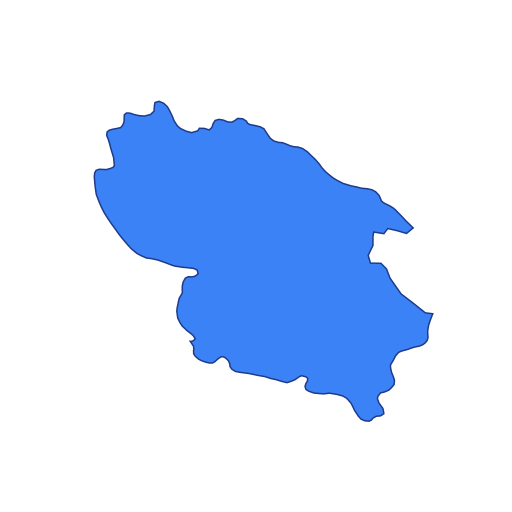 outline of Krychaw, Mogilev, Belarus, rotated 32°
{"feature_id": "67162791B56678014739115", "entity_name": "Krychaw", "entity_type": "district", "adm_level": 2, "iso_a3": "BLR", "parent_name": "Belarus", "parent_adm1": "Mogilev", "projection": "natural_earth1", "projection_center": [31.63, 53.734], "detail": "fine", "context": "isolated", "style": "filled", "palette": "blue", "viewbox_px": 512, "rotation_deg": 32, "n_neighbors": 0, "source": "geoboundaries", "source_scale": "gbopen_adm2", "svg_char_len": 3261}
<svg xmlns="http://www.w3.org/2000/svg" viewBox="0 0 512 512"><g transform="rotate(32 256 256)"><path d="M436.5,211.3L429.7,214.5L414.1,212.7L399.2,211.3L381.3,203.7L373.5,197.8L365.8,196.0L356.8,201.4L350.8,196.0L349.6,185.1L344.8,177.4L343.1,173.3L352.6,169.3L353.2,162.9L362.1,159.8L371.7,157.1L374.4,148.9L364.3,146.7L358.0,145.0L353.4,143.9L350.2,143.1L347.3,142.6L343.0,142.6L340.9,142.8L337.4,143.2L335.0,143.2L332.8,142.6L330.7,141.0L328.3,139.4L323.3,138.1L319.2,138.4L315.0,139.9L311.7,141.5L309.6,142.6L304.5,144.2L299.5,146.1L291.4,148.3L284.6,148.9L279.8,148.9L275.2,148.4L270.4,147.7L265.0,146.2L261.0,144.5L255.1,142.7L249.6,141.6L244.3,140.4L238.4,140.2L233.8,141.4L230.6,143.1L226.8,144.4L222.8,145.0L218.4,145.9L214.9,147.7L210.1,149.0L205.7,148.6L201.5,146.8L195.3,143.9L191.1,144.2L186.8,145.6L181.0,147.8L178.5,147.9L176.4,146.7L171.9,146.7L169.5,148.0L167.5,149.1L166.3,152.3L164.5,155.4L160.8,157.3L156.5,158.0L152.3,159.7L149.5,162.7L149.5,166.3L150.5,170.3L149.5,173.9L144.5,175.2L140.3,177.7L140.3,180.7L136.0,185.5L130.5,187.2L124.5,187.9L120.3,187.3L114.8,184.7L111.5,182.2L106.5,179.0L101.8,176.4L96.8,175.4L91.8,176.2L89.0,179.4L90.3,182.6L92.8,187.2L91.5,191.9L87.3,196.4L82.5,198.9L77.8,200.6L73.5,201.6L72.0,202.4L70.3,203.4L69.5,206.1L70.9,208.5L73.0,212.2L73.6,215.8L73.2,218.8L70.3,221.7L67.2,224.5L64.8,227.2L64.0,229.8L65.6,233.0L69.1,235.5L72.8,238.8L76.3,242.1L83.2,248.1L86.5,252.5L88.1,254.6L87.7,256.7L86.4,258.6L83.3,262.0L80.3,263.7L77.1,265.5L75.0,268.1L75.2,271.1L76.8,274.4L79.8,278.4L83.0,282.6L87.9,288.4L93.7,292.8L98.7,296.3L104.3,299.7L108.6,301.8L115.9,305.1L121.9,307.5L128.1,310.1L133.7,312.1L140.9,314.4L146.2,315.9L153.4,316.9L158.3,316.6L164.0,315.8L169.1,313.5L174.7,311.5L181.6,309.9L190.2,308.2L192.9,307.4L200.1,304.3L202.9,302.8L209.7,299.6L213.6,299.1L216.3,301.8L215.2,305.2L212.8,307.6L209.6,309.4L207.8,312.2L208.0,316.6L209.6,320.9L213.1,326.4L213.3,332.7L214.7,336.5L216.5,341.5L218.1,344.8L222.5,350.1L226.7,352.7L230.5,354.5L237.4,355.9L242.1,356.3L244.6,356.7L248.2,358.2L248.0,360.4L246.9,362.3L245.4,363.2L250.8,365.6L252.6,367.9L253.2,369.4L255.0,372.0L257.8,373.2L262.0,373.9L265.5,373.6L269.8,372.6L273.2,371.4L275.8,369.8L277.0,367.7L278.2,363.6L279.6,360.2L281.6,358.8L284.5,358.6L288.3,359.5L290.9,361.4L292.5,363.5L295.5,364.8L299.7,364.8L304.4,363.0L312.0,359.5L322.0,355.8L327.3,353.6L333.7,352.0L338.6,350.2L343.6,348.9L349.4,347.0L351.6,344.4L354.5,340.5L356.7,335.3L358.2,333.3L362.5,332.0L364.7,332.3L365.9,335.0L365.9,337.7L366.7,340.7L369.1,342.7L372.4,342.7L377.5,341.6L382.0,339.4L386.5,337.0L391.0,333.4L397.7,330.6L403.8,328.7L408.4,328.6L414.4,330.4L417.7,332.3L421.4,334.7L427.7,337.6L431.5,338.7L435.5,338.1L439.4,336.2L440.8,334.0L441.1,331.6L442.9,328.2L446.4,325.5L448.0,322.0L445.7,319.3L444.3,318.0L441.6,316.9L438.2,315.5L434.4,312.5L433.7,309.9L434.2,306.0L436.4,303.9L437.5,302.6L439.8,299.2L440.7,295.8L441.2,291.8L439.3,288.0L436.2,285.4L432.7,282.9L429.4,279.6L427.8,277.1L427.7,271.6L427.3,266.8L428.0,262.2L429.7,259.6L434.0,255.0L436.5,251.8L439.2,248.7L442.1,246.1L444.4,242.9L445.5,240.2L445.9,236.9L445.1,234.0L443.5,231.9L441.3,228.6L440.2,226.0L439.0,223.0L437.8,218.0L436.5,211.3Z" fill="#3b82f6" stroke="#1e3a8a" stroke-width="1.5"/></g></svg>